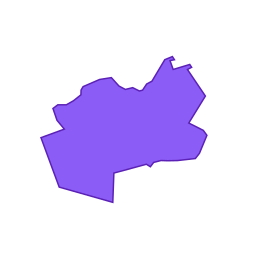 Karaulbazar, Bukhoro, Uzbekistan (Robinson projection), rotated 32°
{"feature_id": "79887680B6404412845327", "entity_name": "Karaulbazar", "entity_type": "district", "adm_level": 2, "iso_a3": "UZB", "parent_name": "Uzbekistan", "parent_adm1": "Bukhoro", "projection": "robinson", "projection_center": [64.77, 39.381], "detail": "fine", "context": "isolated", "style": "filled", "palette": "violet", "viewbox_px": 256, "rotation_deg": 32, "n_neighbors": 0, "source": "geoboundaries", "source_scale": "gbopen_adm2", "svg_char_len": 652}
<svg xmlns="http://www.w3.org/2000/svg" viewBox="0 0 256 256"><g transform="rotate(32 128 128)"><path d="M54.0,151.2L63.7,159.1L74.6,162.7L59.3,182.3L101.0,214.6L154.5,199.1L139.9,173.7L162.8,149.0L167.5,149.0L168.0,143.6L173.2,138.1L178.9,134.8L187.2,129.4L201.3,118.2L202.0,111.6L198.8,92.4L193.1,90.1L176.9,91.6L176.7,59.9L147.4,46.9L149.8,42.8L146.7,41.4L135.3,54.4L127.9,48.6L131.2,45.5L127.8,43.9L123.0,50.5L123.5,75.6L120.5,80.8L120.3,88.2L118.0,90.6L110.6,91.3L105.3,96.7L98.1,97.2L87.2,94.1L78.2,101.9L68.0,116.7L68.1,120.7L70.5,124.8L67.3,133.8L63.4,141.0L56.2,145.5L54.0,151.2Z" fill="#8b5cf6" stroke="#5b21b6" stroke-width="1.5"/></g></svg>